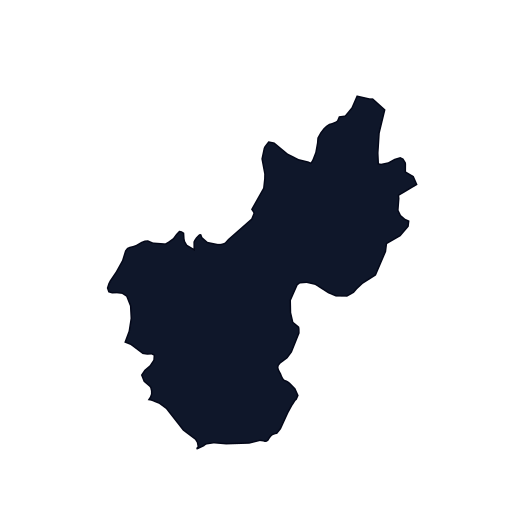 Lempira, Natural Earth projection, rotated 32°
{"feature_id": "HND-652", "entity_name": "Lempira", "entity_type": "Department", "adm_level": 1, "iso_a3": "HND", "parent_name": "Honduras", "parent_adm1": "", "projection": "natural_earth1", "projection_center": [-88.611, 14.455], "detail": "fine", "context": "isolated", "style": "filled", "palette": "ink", "viewbox_px": 512, "rotation_deg": 32, "n_neighbors": 0, "source": "natural_earth", "source_scale": "10m", "svg_char_len": 2437}
<svg xmlns="http://www.w3.org/2000/svg" viewBox="0 0 512 512"><g transform="rotate(32 256 256)"><path d="M150.2,364.3L147.1,361.8L146.0,357.5L145.7,354.3L146.1,343.5L145.4,330.6L142.8,320.8L143.1,317.7L144.5,315.6L146.9,313.2L149.0,310.6L151.9,305.1L154.0,302.3L156.3,300.6L161.7,299.8L172.9,293.9L174.7,290.5L176.9,285.0L177.3,279.8L178.1,275.8L180.0,275.1L182.5,275.1L185.7,279.6L187.6,281.6L191.5,283.7L200.3,283.5L196.1,276.9L195.9,275.0L196.0,272.2L196.8,268.5L197.3,267.6L198.0,267.4L200.3,269.2L207.5,270.4L217.4,266.7L220.2,264.9L222.1,262.9L223.2,261.3L224.0,256.6L232.9,226.9L231.8,220.8L230.9,220.0L227.8,218.6L226.7,194.4L222.6,185.9L220.1,181.7L209.7,170.4L206.0,160.2L205.8,158.5L206.4,152.6L211.5,150.7L228.6,153.0L240.9,151.9L250.6,148.7L253.3,148.4L253.6,146.1L253.4,143.8L252.0,136.5L248.4,127.5L246.1,123.1L245.8,117.1L246.3,111.9L247.2,108.6L248.6,105.5L250.5,103.5L253.0,100.0L253.7,98.3L253.0,93.9L257.6,90.1L259.0,79.5L257.1,66.9L269.2,62.7L271.8,61.1L287.7,63.9L295.2,86.5L304.7,104.1L310.9,113.1L313.6,112.1L319.0,106.9L322.5,100.6L326.3,96.3L329.3,96.0L333.1,97.9L333.9,98.8L338.1,105.6L347.3,105.4L354.3,110.2L344.6,129.0L346.6,131.6L352.1,142.1L357.0,145.2L362.8,146.1L367.0,145.5L369.2,150.2L367.4,162.4L360.0,176.3L363.4,183.6L367.3,208.8L360.6,222.8L358.6,230.4L357.9,235.1L354.3,241.7L344.9,247.4L336.9,248.7L321.3,248.5L312.9,251.4L307.2,255.6L306.1,258.7L308.5,275.4L315.3,285.8L322.3,292.8L329.8,293.8L331.0,295.2L333.2,298.6L336.8,318.6L336.2,325.9L333.0,334.1L332.7,337.0L333.5,339.1L335.1,340.6L337.0,341.8L339.2,343.0L341.3,344.6L343.3,345.8L345.0,346.5L346.3,346.5L348.0,346.1L349.7,346.0L351.9,346.2L359.3,348.0L365.4,352.1L366.0,356.2L365.5,357.8L365.5,361.7L365.4,363.4L365.9,371.9L368.2,389.6L367.5,395.3L366.3,396.4L364.5,398.7L363.9,400.5L363.6,403.0L363.6,406.1L362.7,407.7L361.7,408.4L360.1,408.8L356.9,410.3L349.3,418.2L330.2,431.0L319.1,436.7L313.4,441.6L312.4,443.5L312.2,444.5L308.4,450.4L307.6,450.9L307.8,450.7L307.9,449.7L308.2,448.4L305.1,445.0L301.8,443.4L286.7,442.1L260.8,432.7L252.1,432.0L243.4,433.6L241.3,434.5L241.3,433.8L241.4,431.7L240.7,428.4L239.0,425.7L236.5,423.2L234.9,422.6L227.6,421.5L222.2,417.5L222.4,411.8L224.5,405.2L224.7,398.4L222.3,393.9L219.3,394.2L215.8,396.7L211.7,398.5L196.7,397.2L190.7,398.3L188.4,387.0L183.3,375.0L176.1,364.7L167.7,358.5L162.3,358.4L157.5,360.7L153.5,363.4L150.2,364.3Z" fill="#0f172a" stroke="#020617" stroke-width="1.5"/></g></svg>